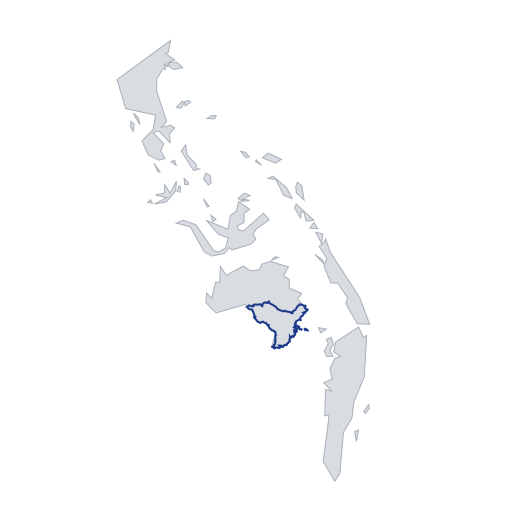 where Kalimantan Barat sits in Indonesia, rotated 231°
{"feature_id": "IDN-1228", "entity_name": "Kalimantan Barat", "entity_type": "Province", "adm_level": 1, "iso_a3": "IDN", "parent_name": "Indonesia", "parent_adm1": "", "projection": "orthographic", "projection_center": [110.805, -0.499], "detail": "fine", "context": "in_parent", "style": "outline", "palette": "blue", "viewbox_px": 512, "rotation_deg": 231, "n_neighbors": 0, "source": "natural_earth", "source_scale": "10m", "svg_char_len": 9369}
<svg xmlns="http://www.w3.org/2000/svg" viewBox="0 0 512 512"><g transform="rotate(231 256 256)"><path d="M175.5,211.2L184.4,223.1L197.7,221.5L204.5,216.0L216.2,219.3L225.2,217.1L236.9,189.2L251.3,187.7L258.2,194.3L250.9,195.0L261.2,208.3L258.4,211.2L270.5,221.9L259.7,220.7L256.2,239.7L247.8,242.5L243.1,250.1L246.0,255.3L242.9,263.7L227.0,274.3L223.4,264.8L216.9,267.1L210.1,261.7L198.2,268.0L196.5,261.3L181.9,262.1L179.1,244.8L171.7,240.1L168.5,228.2L169.8,216.6L175.5,211.2ZM31.4,175.4L54.1,179.0L83.3,209.6L86.9,212.1L88.5,208.9L108.5,226.0L103.6,229.7L114.9,228.9L112.6,237.8L121.9,242.5L126.9,253.2L124.9,258.3L132.5,256.1L139.1,263.5L136.2,291.1L125.0,288.1L124.7,292.0L94.0,264.2L81.1,240.4L69.6,228.4L64.0,213.0L34.6,184.6L31.4,175.4ZM480.6,259.1L477.3,325.1L469.4,315.8L470.6,313.0L459.6,316.2L461.7,309.6L458.9,306.2L460.0,305.7L461.7,306.0L462.8,305.6L457.8,303.0L460.2,302.2L456.1,290.2L446.8,282.7L416.7,271.1L415.7,263.4L411.3,272.0L406.7,273.5L405.4,265.8L398.1,260.6L414.4,259.0L416.6,253.7L401.3,255.0L397.9,248.1L389.0,246.7L391.5,240.9L402.3,235.8L417.2,239.8L419.1,255.8L428.7,266.6L452.5,247.5L480.6,259.1ZM329.5,221.9L318.3,228.9L286.6,226.5L282.7,229.2L281.4,237.6L287.5,245.9L296.6,240.4L315.1,239.9L294.3,251.1L303.6,261.6L303.1,268.8L309.2,276.7L296.3,280.4L296.7,273.6L289.5,267.8L291.2,260.0L287.2,259.1L283.3,262.0L284.6,288.8L275.9,289.0L276.8,273.0L275.2,267.7L269.2,266.5L268.4,259.6L275.8,241.1L279.2,240.7L278.0,232.8L283.5,222.0L291.6,218.4L320.1,223.3L331.7,214.8L329.5,221.9ZM139.6,292.1L162.4,295.8L165.9,300.9L183.6,302.5L187.8,297.2L205.0,302.3L209.8,309.7L223.8,311.1L223.5,317.3L225.5,320.9L212.1,316.1L158.3,310.4L131.4,301.4L139.6,292.1ZM357.5,223.4L366.7,216.1L362.6,224.6L368.8,229.9L359.0,229.0L364.2,241.2L357.1,234.5L354.5,220.4L360.3,209.7L357.5,223.4ZM361.8,261.3L384.6,264.0L386.7,271.4L377.6,266.0L364.8,267.2L361.1,264.2L358.8,267.7L361.8,261.3ZM307.3,319.5L289.9,322.7L277.8,320.3L285.9,315.7L302.7,319.6L308.8,314.3L307.3,319.5ZM257.4,314.7L269.1,316.2L271.0,320.0L247.6,323.4L251.5,316.9L259.4,320.6L262.1,319.2L257.4,314.7ZM328.2,322.8L328.3,330.1L315.1,336.6L316.0,329.6L328.2,322.8ZM139.0,248.9L142.3,257.0L146.9,258.1L145.4,263.2L138.6,260.6L136.4,254.1L129.8,252.7L133.1,247.9L139.0,248.9ZM456.4,316.5L448.4,317.6L452.8,309.3L459.0,307.6L460.8,310.7L456.4,316.5ZM279.7,327.1L284.9,330.6L287.3,334.5L281.8,335.8L269.1,328.5L279.7,327.1ZM348.7,263.5L352.2,269.1L346.9,271.0L340.8,266.9L341.2,263.7L348.7,263.5ZM224.4,314.9L236.8,317.3L231.1,321.8L224.4,314.9ZM243.8,315.3L245.6,322.1L238.3,321.1L243.8,315.3ZM161.1,259.3L155.0,264.6L155.5,258.0L161.1,259.3ZM421.7,287.5L422.7,296.3L420.2,296.7L418.2,290.4L421.7,287.5ZM220.5,302.7L210.9,305.3L206.9,303.8L220.5,302.7ZM312.2,278.3L312.1,286.3L306.7,289.6L309.0,279.0L312.2,278.3ZM48.9,217.5L57.4,222.0L56.2,226.2L48.9,217.5ZM69.7,250.1L66.3,248.4L64.8,241.8L67.3,241.7L69.7,250.1ZM390.2,313.5L388.6,310.3L393.6,304.5L393.2,309.7L390.2,313.5ZM382.9,232.9L392.3,235.1L381.7,234.3L382.9,232.9ZM324.8,248.9L333.7,251.1L324.0,250.9L324.8,248.9ZM308.0,282.2L303.2,286.1L307.5,279.0L308.0,282.2ZM430.3,238.9L435.1,239.7L439.5,243.5L435.2,244.3L430.3,238.9ZM346.9,310.0L343.6,312.9L337.1,313.2L338.9,309.9L346.9,310.0ZM421.0,297.8L418.8,301.9L416.7,301.8L417.2,295.3L421.0,297.8ZM361.5,249.0L355.7,249.7L354.1,248.3L356.6,245.6L361.5,249.0ZM431.1,248.5L437.8,249.2L444.1,250.7L438.0,251.6L431.1,248.5ZM309.9,244.0L315.9,246.7L309.7,248.1L309.9,244.0ZM366.0,209.4L362.1,208.7L365.8,205.6L366.0,209.4ZM323.1,317.5L329.7,315.1L330.4,316.6L323.1,317.5ZM382.8,249.4L381.7,253.0L376.8,251.1L379.3,250.1L382.8,249.4ZM243.4,270.2L240.8,272.7L243.0,265.0L243.4,270.2ZM355.9,235.3L358.9,240.3L357.7,241.1L353.3,237.2L355.9,235.3Z" fill="#d9dde1" stroke="#a8b0b8" stroke-width="1"/><path d="M175.6,210.6L175.5,211.2L175.2,211.6L174.9,212.0L174.5,212.3L174.4,212.6L174.5,213.1L174.7,213.5L175.0,213.6L175.4,213.6L175.6,213.7L175.7,213.9L175.6,215.2L175.8,215.6L176.0,215.8L176.9,216.6L177.0,217.0L177.2,216.9L177.3,217.0L177.5,217.4L177.6,217.5L178.3,217.5L178.6,217.8L178.9,218.6L179.6,219.1L179.8,219.5L180.2,219.7L180.8,219.8L181.0,219.9L181.9,221.3L181.9,221.7L182.3,221.7L183.0,221.8L183.6,222.6L183.9,222.9L184.4,223.1L184.9,223.2L185.3,223.0L185.5,222.7L186.0,223.0L186.4,222.7L186.6,222.7L187.0,222.5L187.3,222.3L187.4,222.2L187.9,221.7L188.2,221.5L189.2,221.5L191.5,220.9L193.3,221.6L193.5,221.6L194.3,221.4L194.4,221.5L194.6,222.1L194.9,221.7L195.8,221.3L196.1,221.3L197.2,221.7L197.8,221.6L198.7,220.5L199.4,220.3L200.2,220.3L200.6,220.2L201.2,218.5L201.5,217.8L201.5,217.6L201.2,217.6L201.3,217.2L201.5,217.1L202.6,216.5L203.7,216.3L204.2,215.9L204.4,215.9L207.5,216.0L207.8,216.1L208.1,215.8L208.3,215.7L208.9,215.8L209.5,215.9L210.0,216.0L210.1,216.4L209.9,216.8L209.4,217.2L209.4,217.3L210.3,217.2L210.7,217.3L211.1,217.4L211.4,217.7L212.6,217.9L213.1,218.1L213.9,218.7L214.3,218.7L214.9,218.5L215.2,218.5L215.4,218.6L215.9,219.2L216.2,219.3L216.4,219.3L218.0,218.2L218.7,217.4L219.1,217.2L220.5,216.9L220.9,216.9L221.3,217.0L221.6,217.3L221.8,217.4L222.1,217.2L221.9,218.2L222.0,218.5L222.1,218.8L222.0,219.4L221.5,219.9L221.1,220.0L220.2,220.9L219.5,221.3L219.0,221.5L218.7,221.8L218.6,222.0L218.6,222.7L219.2,222.6L219.4,222.8L219.5,222.9L219.5,223.1L219.3,223.7L219.2,224.3L218.5,225.3L218.0,225.5L217.9,225.7L217.7,226.2L217.0,226.8L216.7,227.4L216.3,227.8L216.2,228.6L215.8,228.8L215.4,229.2L214.7,229.2L214.1,229.0L213.1,229.3L213.6,230.1L214.1,230.5L214.5,231.3L214.7,232.6L214.4,233.2L214.2,233.9L213.9,233.9L213.7,234.2L213.1,234.4L212.4,235.3L212.4,235.6L212.7,235.8L212.9,236.3L212.4,237.5L212.1,237.4L211.8,237.2L211.6,236.8L211.4,236.6L210.9,236.8L210.7,237.1L209.9,237.1L208.7,237.7L207.7,238.1L207.3,238.3L205.5,239.0L205.3,239.0L204.8,239.0L204.4,239.2L203.4,239.6L202.1,239.3L200.7,239.4L200.6,239.5L200.2,240.0L199.3,240.2L198.2,241.0L197.1,241.5L196.1,242.2L195.8,242.4L195.5,242.9L195.4,243.2L195.5,243.6L195.5,243.8L195.0,244.1L194.4,244.3L194.3,244.5L193.7,244.8L193.4,245.0L193.0,245.4L192.8,245.8L191.9,246.3L191.4,246.9L190.8,247.4L190.5,247.5L190.0,247.3L189.6,247.4L189.2,247.6L188.7,248.2L188.6,248.4L188.6,248.5L188.9,248.8L189.5,248.7L189.6,248.8L189.6,249.4L189.8,249.6L189.8,249.8L189.7,250.2L189.7,250.9L189.4,252.1L189.4,253.0L189.6,253.5L190.8,256.4L190.9,256.6L190.7,257.2L190.7,258.1L190.8,258.6L191.1,259.0L191.1,259.3L190.8,259.7L190.0,260.1L189.5,261.0L189.0,261.2L188.8,261.2L188.2,261.6L187.3,261.8L186.4,263.1L186.0,263.2L185.7,263.0L185.7,262.8L185.8,262.7L185.7,261.9L185.5,261.5L185.2,261.2L184.9,261.1L184.4,261.1L183.4,261.6L182.3,262.4L181.9,262.4L181.7,262.1L181.3,261.4L181.7,260.9L181.8,260.5L181.8,260.2L181.6,259.8L181.4,258.9L181.3,258.7L181.0,258.7L180.9,258.6L181.3,257.9L182.0,257.9L182.1,257.5L181.8,257.7L181.5,257.7L180.9,256.7L180.7,255.2L180.3,254.8L180.2,254.6L180.2,254.2L180.6,252.9L180.5,252.5L180.2,251.7L180.0,251.4L178.8,250.9L178.3,250.5L178.5,250.3L178.3,250.2L179.2,249.5L179.6,248.6L179.7,247.7L179.9,246.4L180.0,246.0L179.9,245.6L179.7,245.1L178.9,244.7L178.7,244.6L178.8,244.4L178.5,244.3L178.5,244.1L178.6,243.3L178.6,243.2L177.9,242.9L177.6,242.9L177.4,242.8L177.3,242.5L177.1,242.4L176.6,241.7L176.5,241.2L176.8,240.9L176.8,240.7L176.5,240.8L176.4,240.9L176.3,241.5L176.0,241.9L175.5,241.5L175.2,241.6L175.0,241.0L174.4,240.6L174.0,240.5L173.4,240.5L173.4,240.9L173.3,241.1L173.0,241.1L172.3,240.8L171.8,240.5L171.6,238.9L171.7,238.6L171.9,238.7L172.3,238.9L173.0,238.9L173.4,239.2L173.8,239.4L174.2,239.3L174.3,239.2L174.2,239.1L173.8,239.1L173.6,238.9L173.3,238.6L172.7,238.5L172.7,238.4L172.8,238.3L172.7,238.1L173.4,238.2L173.1,237.9L172.6,237.8L171.9,237.8L171.7,237.9L171.5,237.7L171.3,237.5L170.8,237.5L170.5,237.2L170.3,236.9L170.1,236.0L170.1,235.6L170.4,235.5L170.0,234.8L170.1,234.5L169.8,234.4L169.7,234.4L169.7,234.6L169.5,234.4L169.7,234.1L170.3,233.9L170.9,234.0L171.3,234.3L171.0,233.8L171.0,232.7L170.9,232.4L170.7,232.1L170.7,231.6L170.8,231.5L171.1,231.6L172.1,231.7L170.8,230.7L170.1,229.4L169.4,228.9L168.6,228.8L168.3,228.6L168.3,228.4L168.5,227.5L168.5,227.3L168.2,226.7L168.1,226.4L168.4,226.0L168.4,225.6L168.2,225.1L167.8,224.6L167.9,224.2L167.9,223.9L167.6,223.6L167.6,223.4L168.0,223.0L168.5,222.8L168.7,222.5L168.9,222.1L168.9,221.7L168.3,220.2L168.4,219.8L169.4,219.6L170.2,219.3L170.5,219.1L171.3,218.2L171.5,217.8L171.8,217.6L171.5,217.5L171.3,217.9L171.0,218.1L170.5,219.0L170.0,219.2L168.9,219.5L169.0,219.1L169.5,218.4L169.6,218.1L169.7,217.7L169.7,216.6L169.8,216.2L170.0,215.9L171.6,214.8L171.8,214.6L172.2,214.0L172.6,213.4L172.0,213.7L172.4,213.2L172.5,213.0L172.5,212.1L173.4,211.9L175.0,211.5L175.2,211.3L175.6,210.6ZM176.8,243.1L177.0,243.3L177.0,243.5L176.1,244.0L174.5,244.7L174.2,245.0L173.9,245.1L173.4,244.8L173.3,244.6L173.6,243.8L173.7,242.1L173.7,241.9L173.9,241.8L174.6,241.9L175.1,241.7L175.8,242.1L176.2,241.9L176.4,241.9L176.6,242.0L176.8,242.4L176.8,243.1ZM168.7,247.9L168.7,248.2L168.5,248.5L167.6,248.8L167.3,248.8L167.3,248.7L167.4,248.2L167.0,248.0L167.1,247.8L167.8,247.6L168.1,247.5L168.3,247.6L168.7,247.9ZM170.7,244.7L170.9,244.8L170.5,245.2L170.4,245.1L170.2,245.1L170.2,244.9L170.5,244.8L170.7,244.7ZM165.8,249.3L165.9,249.2L166.2,249.1L166.8,249.2L166.6,249.4L165.8,249.3ZM171.7,243.8L171.8,243.8L171.7,244.1L171.6,244.3L171.3,244.4L171.3,244.1L171.7,243.8Z" fill="none" stroke="#1e3a8a" stroke-width="2"/></g></svg>